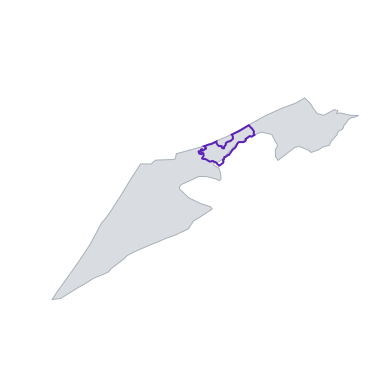 HaMerkaz highlighted on a map of Israel, rotated 49°
{"feature_id": "ISR-3055", "entity_name": "HaMerkaz", "entity_type": "District", "adm_level": 1, "iso_a3": "ISR", "parent_name": "Israel", "parent_adm1": "", "projection": "equal_earth", "projection_center": [34.823, 32.087], "detail": "fine", "context": "in_parent", "style": "outline", "palette": "violet", "viewbox_px": 384, "rotation_deg": 49, "n_neighbors": 0, "source": "natural_earth", "source_scale": "10m", "svg_char_len": 3919}
<svg xmlns="http://www.w3.org/2000/svg" viewBox="0 0 384 384"><g transform="rotate(49 192 192)"><path d="M243.6,15.9L242.0,20.6L240.4,23.1L240.0,26.9L241.0,30.0L241.6,34.2L242.8,35.4L243.2,38.2L242.2,40.9L242.7,43.1L244.0,45.2L245.0,53.6L246.9,57.6L243.9,63.7L243.3,68.6L240.3,76.2L236.8,76.7L228.6,80.9L227.4,82.1L226.0,84.5L225.7,86.4L224.6,106.3L220.1,105.8L214.7,101.4L213.6,97.7L211.9,96.4L208.0,95.9L200.7,94.0L192.1,100.6L188.5,111.4L187.7,116.5L184.8,127.2L185.9,133.8L186.4,142.3L187.1,149.3L186.3,153.5L184.7,155.7L185.2,157.3L186.6,157.9L191.4,156.0L196.3,157.9L201.1,161.5L201.5,163.9L198.1,165.2L190.1,170.7L184.5,177.0L183.0,182.9L179.3,195.4L179.8,198.0L181.6,199.5L194.6,198.2L206.4,193.1L215.3,187.7L218.1,188.0L216.2,201.8L216.3,201.9L214.8,210.3L215.4,211.8L217.4,219.1L213.6,232.6L209.4,243.5L207.9,248.7L203.8,260.3L199.6,273.7L197.4,283.0L197.9,286.3L196.8,303.3L197.5,308.1L192.5,322.9L191.5,330.2L189.5,340.1L186.1,361.1L181.4,368.1L179.1,360.3L173.8,337.9L170.0,322.5L164.8,303.7L156.1,280.7L155.3,275.2L153.5,267.2L147.5,246.4L142.6,231.4L137.1,212.3L144.0,204.7L144.1,198.5L155.9,183.9L155.8,182.5L152.7,178.6L153.2,177.9L166.2,150.9L174.6,124.1L182.5,86.9L188.1,68.0L192.9,55.6L194.9,45.3L202.6,44.5L208.3,45.6L215.1,46.0L220.6,42.1L223.2,30.5L226.3,28.6L227.8,31.4L229.5,28.3L236.6,23.2L240.1,19.9L243.6,15.9Z" fill="#d9dde1" stroke="#a8b0b8" stroke-width="1"/><path d="M189.9,107.5L189.7,109.0L189.2,110.9L188.9,111.1L188.1,111.4L187.8,111.6L187.5,112.8L187.3,115.6L187.1,116.7L187.9,117.0L188.4,117.7L188.5,118.6L188.3,119.8L187.8,120.9L185.2,123.6L185.0,124.9L185.3,126.1L186.2,128.2L186.9,130.5L186.7,133.6L188.3,139.7L187.6,140.6L187.7,142.1L187.6,143.4L186.9,144.5L187.9,146.0L188.3,146.5L188.0,147.0L188.1,147.5L188.9,148.1L189.8,148.3L190.4,149.7L190.1,153.9L189.8,154.3L188.2,154.4L187.7,154.6L187.3,154.5L185.9,154.5L185.0,154.6L184.0,155.2L183.2,155.8L182.5,155.8L181.8,156.5L181.7,156.8L181.2,158.1L180.7,158.6L180.3,158.8L176.2,160.1L174.0,162.1L173.5,162.4L173.4,162.4L173.2,162.1L173.1,161.9L173.0,161.6L172.5,160.1L172.3,159.6L172.1,159.3L171.9,159.1L170.8,158.3L170.4,158.2L170.2,158.1L170.0,158.4L169.9,158.5L168.8,158.7L168.6,158.8L168.6,159.0L168.8,159.1L169.0,159.2L169.1,159.3L169.2,159.6L169.3,159.8L169.5,160.0L169.4,160.3L169.0,160.4L168.7,160.6L168.1,161.2L167.8,161.3L167.5,161.2L165.9,160.6L165.8,160.4L165.8,160.2L165.8,159.9L166.0,159.7L166.6,159.4L166.8,159.2L167.0,159.0L167.0,158.8L167.0,158.7L166.7,158.2L166.3,157.8L166.1,157.6L165.9,157.5L165.9,157.4L165.9,157.2L165.9,156.9L166.0,156.8L166.1,156.6L166.2,156.4L166.3,156.4L166.5,156.4L166.8,156.4L167.2,156.6L167.4,156.7L167.5,156.7L167.8,156.6L168.0,156.4L168.0,155.5L168.1,155.2L168.1,154.9L168.0,154.3L168.0,154.2L168.3,153.7L168.4,153.4L168.4,153.0L168.2,152.8L168.1,152.7L168.0,152.8L167.8,152.8L167.5,152.7L166.9,152.5L166.6,152.4L166.4,152.4L166.2,152.5L165.6,152.7L165.4,152.8L167.2,148.1L168.5,145.9L169.9,140.4L170.6,141.1L170.9,141.4L173.0,141.7L174.4,141.7L174.6,141.7L174.9,141.6L176.0,140.3L176.0,140.2L176.3,139.9L176.7,139.7L177.0,139.6L177.3,139.7L177.7,140.1L177.9,140.3L178.1,140.4L178.4,140.3L179.6,139.8L179.9,139.5L180.0,139.3L180.0,139.1L179.9,138.9L179.7,138.7L179.1,138.3L178.9,138.1L178.6,135.9L178.5,135.7L178.4,135.5L178.2,135.2L177.9,135.0L177.8,134.9L177.6,134.7L177.4,134.5L177.4,134.4L177.3,134.2L177.3,133.9L177.4,133.6L177.4,133.2L177.5,132.4L177.5,132.0L177.6,131.8L178.0,131.2L178.2,130.9L178.6,129.8L178.8,129.1L178.8,128.8L178.7,128.4L178.6,128.1L178.7,127.8L178.8,127.4L178.8,126.7L178.7,126.4L178.6,126.1L178.2,125.9L177.9,125.5L177.5,125.3L177.1,124.9L176.8,124.7L176.5,124.6L175.1,124.4L174.7,124.4L176.9,116.5L178.9,105.3L181.7,105.3L182.5,105.3L182.6,105.2L183.2,105.1L186.6,105.4L186.8,105.5L187.1,105.7L188.1,106.8L188.4,107.0L188.5,107.1L188.6,107.4L188.7,107.5L189.2,107.6L189.9,107.5L189.9,107.5Z" fill="none" stroke="#5b21b6" stroke-width="2"/></g></svg>